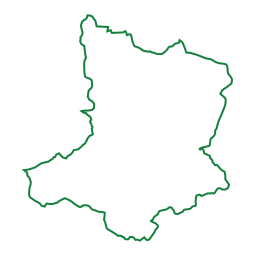 Taut, Arad, Romania
{"feature_id": "2599482B85287351729722", "entity_name": "Taut", "entity_type": "district", "adm_level": 2, "iso_a3": "ROU", "parent_name": "Romania", "parent_adm1": "Arad", "projection": "mercator", "projection_center": [21.939, 46.235], "detail": "fine", "context": "isolated", "style": "outline", "palette": "green", "viewbox_px": 256, "rotation_deg": 0, "n_neighbors": 0, "source": "geoboundaries", "source_scale": "gbopen_adm2", "svg_char_len": 4340}
<svg xmlns="http://www.w3.org/2000/svg" viewBox="0 0 256 256"><path d="M229.1,184.7L225.3,179.2L225.4,175.8L224.5,171.7L221.3,169.9L217.1,165.0L215.1,165.2L212.4,161.9L212.3,160.4L211.4,159.0L210.2,158.4L209.9,157.9L210.1,156.7L209.7,155.8L207.7,154.9L204.2,153.3L203.9,151.8L203.6,150.3L203.0,149.5L202.4,149.2L201.4,148.9L200.6,149.4L200.0,149.5L199.7,149.0L200.3,148.3L201.9,147.6L203.8,147.2L208.8,146.0L209.9,144.9L210.1,141.7L210.6,139.0L214.3,135.5L215.1,133.2L215.2,130.3L216.4,129.0L217.0,126.7L218.5,121.3L221.3,115.1L222.2,112.8L225.2,105.1L225.6,102.4L225.7,99.1L225.4,98.7L224.4,97.3L221.6,95.0L220.4,93.8L221.4,91.8L222.4,90.0L223.4,89.6L223.9,88.9L226.1,87.6L231.2,83.7L231.8,82.0L232.0,80.0L231.8,78.7L230.9,77.1L229.7,75.5L228.2,73.7L227.6,71.4L227.7,69.5L227.1,66.2L227.0,65.4L226.1,64.4L222.3,63.5L219.3,63.3L215.4,62.0L213.0,60.4L211.1,59.4L210.0,59.0L208.0,58.8L204.4,57.8L201.5,56.6L196.9,54.8L190.0,52.8L186.2,52.5L185.5,49.9L184.1,46.3L183.1,43.7L182.2,42.1L179.6,40.2L179.1,42.1L178.4,43.0L176.6,43.3L175.3,43.6L172.2,46.4L169.3,46.7L168.6,47.3L167.2,49.5L165.6,51.3L162.4,53.7L160.8,54.1L160.0,54.0L159.2,54.1L156.8,53.9L155.0,53.2L153.0,52.5L152.0,52.5L151.0,51.8L150.1,51.3L149.5,51.5L148.2,51.8L147.2,51.5L145.1,51.2L142.6,50.4L140.4,48.6L138.4,47.5L137.3,47.2L134.3,46.1L133.9,45.1L133.6,44.3L133.0,42.7L132.8,41.8L132.5,41.5L132.2,40.4L131.1,35.0L130.2,34.2L128.6,34.6L126.9,35.1L126.1,32.2L125.9,32.0L125.1,31.1L123.3,32.4L116.7,32.7L111.8,32.9L110.7,30.2L107.4,31.3L108.2,27.0L96.7,26.4L95.5,21.1L94.7,19.9L92.0,16.3L89.8,15.5L87.5,15.4L86.8,17.8L85.9,18.9L84.7,19.9L84.1,19.9L82.3,21.5L81.3,24.1L81.0,25.9L81.8,30.0L82.6,32.2L82.3,33.7L81.8,35.6L80.5,37.3L80.5,40.2L80.1,41.1L80.8,43.0L81.5,44.2L83.0,45.2L83.6,45.5L84.2,45.8L85.2,53.9L86.0,57.8L84.6,60.6L84.1,63.9L84.4,72.2L85.0,76.2L85.3,76.7L85.6,77.1L90.1,78.9L91.7,80.3L92.2,85.8L91.5,87.8L89.5,89.8L88.5,91.1L87.8,96.5L89.2,99.6L91.8,101.0L93.8,103.2L94.2,104.3L94.0,108.1L91.9,110.0L88.0,110.6L85.6,110.5L82.0,110.9L81.4,111.1L82.3,111.8L83.4,112.3L83.9,112.8L84.9,112.9L85.7,112.9L86.5,113.4L86.6,114.1L87.1,114.6L88.3,115.4L89.7,116.4L90.4,117.1L90.8,118.2L91.3,119.8L90.2,121.0L90.2,122.4L91.0,123.4L91.8,125.9L92.5,127.1L92.1,128.1L91.8,128.9L92.1,130.4L92.2,131.5L92.9,134.0L92.4,134.6L91.9,134.7L91.5,135.2L90.7,135.3L89.8,135.8L88.9,136.6L87.9,138.1L87.0,139.4L86.8,140.5L85.7,142.1L85.4,143.0L84.4,144.1L83.1,144.6L82.4,145.7L80.6,147.3L78.3,149.2L75.7,149.8L73.7,150.2L72.6,152.2L71.4,153.8L70.2,154.7L67.4,156.4L66.2,158.4L65.5,158.2L62.5,157.3L61.6,156.0L60.4,155.1L59.1,153.3L56.3,154.5L55.1,157.0L53.6,157.2L52.9,158.6L48.3,161.6L41.3,163.3L34.9,167.5L28.2,169.6L26.5,169.8L24.0,170.1L26.3,172.0L27.2,172.8L27.4,175.6L29.4,177.9L30.8,181.9L30.6,184.5L29.3,189.1L29.1,194.4L29.6,196.4L30.5,197.6L34.8,200.6L39.8,203.4L41.4,205.6L44.8,206.6L45.8,204.5L46.9,203.5L48.8,203.9L52.7,204.0L54.8,203.3L57.0,202.8L58.9,201.3L61.4,199.8L64.7,198.3L65.5,198.4L70.2,200.6L75.0,204.3L79.1,206.8L81.0,206.9L83.2,205.4L84.9,205.2L88.0,205.6L89.4,206.4L92.1,209.5L93.9,210.0L95.1,210.4L97.1,211.1L99.1,211.9L102.0,211.9L104.7,212.7L104.7,213.9L104.6,215.6L104.3,217.7L104.1,219.9L105.1,222.1L105.9,225.2L106.5,227.7L107.4,229.0L109.8,230.4L114.0,233.0L118.4,235.9L119.4,235.6L120.5,235.7L121.4,236.0L121.9,236.3L122.4,237.0L124.0,237.3L124.1,237.9L125.3,239.1L126.5,239.3L127.9,239.3L128.9,238.7L129.7,237.1L130.9,237.0L132.3,236.9L133.7,237.7L135.1,239.4L135.5,239.9L136.1,239.8L137.1,239.7L137.9,239.8L140.0,240.6L144.2,237.3L145.7,239.1L146.6,239.8L147.3,240.1L148.8,239.7L149.7,238.9L154.4,232.3L155.2,230.3L157.5,227.6L158.0,225.8L157.5,225.1L155.3,223.1L153.2,222.4L151.0,221.0L151.3,220.4L152.5,220.3L153.9,217.3L154.6,216.6L157.9,214.2L158.6,212.4L159.1,211.5L159.7,211.0L162.7,210.2L166.5,209.4L169.7,207.2L171.9,207.8L172.2,208.8L173.2,209.9L173.6,210.3L173.9,210.7L174.7,213.3L175.7,213.8L177.8,214.0L178.5,213.7L182.3,211.9L183.0,211.4L184.1,209.8L184.8,209.6L189.6,209.0L191.0,208.1L192.1,206.8L192.6,206.5L195.6,205.7L195.9,205.0L195.6,201.3L196.2,196.6L196.3,196.0L197.0,195.4L199.7,194.6L200.3,195.0L201.5,196.0L208.0,193.3L209.7,193.5L212.0,193.1L213.7,193.5L215.0,192.5L216.6,189.9L217.4,188.9L218.2,188.4L219.6,188.2L220.5,188.4L222.1,189.4L224.8,189.7L227.8,188.2L229.1,184.7Z" fill="none" stroke="#15803d" stroke-width="2"/></svg>